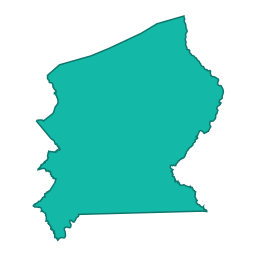 the district of Nyimba, Eastern, Zambia, rotated 179°
{"feature_id": "96606910B94036775861358", "entity_name": "Nyimba", "entity_type": "district", "adm_level": 2, "iso_a3": "ZMB", "parent_name": "Zambia", "parent_adm1": "Eastern", "projection": "robinson", "projection_center": [30.526, -14.393], "detail": "fine", "context": "isolated", "style": "filled", "palette": "teal", "viewbox_px": 256, "rotation_deg": 179, "n_neighbors": 0, "source": "geoboundaries", "source_scale": "gbopen_adm2", "svg_char_len": 5642}
<svg xmlns="http://www.w3.org/2000/svg" viewBox="0 0 256 256"><g transform="rotate(179 128 128)"><path d="M70.1,239.0L97.2,231.7L113.0,222.5L145.4,208.0L163.9,200.7L195.3,192.4L207.6,182.0L207.7,181.6L207.4,180.7L207.5,180.0L207.8,179.5L206.9,177.6L206.1,177.0L205.9,176.4L206.0,175.2L205.5,174.8L203.5,174.5L202.8,173.6L202.0,171.2L202.4,170.5L201.6,169.5L201.5,168.8L200.5,167.6L199.7,167.2L199.7,166.6L199.2,165.9L199.3,165.2L199.6,165.2L200.1,164.5L200.8,164.8L200.9,164.6L201.1,163.5L199.3,163.1L199.4,161.8L198.6,160.9L198.5,159.6L197.8,158.5L197.4,154.7L198.0,153.7L197.9,153.3L200.3,150.4L202.2,144.7L203.2,143.5L212.5,136.4L213.2,137.3L215.3,137.6L218.7,137.3L219.3,136.4L205.0,118.6L202.4,116.8L201.7,115.7L201.6,114.7L200.8,113.0L199.6,113.3L199.1,112.0L199.2,111.6L198.7,111.1L198.1,111.0L198.1,110.4L197.6,110.6L197.4,110.3L197.5,109.0L196.4,108.5L196.2,108.0L196.9,107.1L199.0,107.6L199.4,106.0L200.2,106.3L200.5,105.0L200.9,104.9L201.4,105.5L202.8,105.1L203.6,105.6L205.2,105.6L206.1,106.0L207.3,105.7L207.7,106.0L207.8,105.2L208.1,105.0L207.7,104.4L208.1,104.2L208.4,103.6L208.9,101.5L208.6,100.0L208.3,100.0L208.3,99.3L208.7,99.0L209.2,97.5L209.5,97.2L209.9,97.3L210.3,97.1L211.1,96.0L211.6,96.0L211.6,95.7L211.3,95.6L211.4,94.8L211.9,94.6L212.0,94.9L212.4,95.2L213.5,93.6L214.3,93.3L214.5,93.0L215.3,92.9L215.2,92.3L215.4,92.4L216.0,91.5L216.1,90.6L216.5,90.6L217.2,89.6L218.3,89.0L218.5,88.5L218.7,87.9L217.7,88.0L214.8,88.9L212.6,89.1L211.2,88.3L211.3,88.1L210.7,87.4L210.9,87.1L210.5,86.2L209.8,86.6L209.0,86.4L208.6,86.8L208.3,86.7L208.1,86.3L207.8,86.3L207.6,85.7L206.9,86.0L206.3,85.5L206.4,85.0L205.9,84.4L206.3,83.1L205.5,82.6L205.7,82.4L205.3,81.8L205.3,81.0L204.1,80.7L203.9,79.3L203.4,79.5L203.0,78.6L202.8,78.6L202.4,78.9L201.5,78.5L200.9,78.5L202.1,74.5L207.3,66.6L208.1,66.5L208.2,66.0L208.9,65.4L209.0,65.4L209.1,65.7L210.1,65.4L210.2,64.5L211.6,64.1L212.4,63.5L212.4,61.0L212.2,60.4L212.6,60.4L212.8,60.8L213.9,60.3L215.2,59.1L215.1,58.5L216.4,57.4L217.0,56.3L218.7,56.2L219.0,55.5L221.8,53.7L222.0,53.8L222.2,53.4L222.6,53.4L222.7,53.1L223.0,53.1L224.0,52.3L223.9,51.5L223.1,51.2L222.8,50.7L219.7,50.5L218.1,50.1L217.5,50.3L216.3,49.5L215.8,47.6L216.2,46.3L215.0,46.6L214.8,46.0L213.5,45.3L213.1,44.7L212.6,44.5L211.8,43.6L211.8,43.1L211.6,42.7L211.9,42.0L211.4,41.2L211.2,39.7L211.4,36.8L211.7,36.6L211.7,36.3L211.0,36.5L210.5,36.2L210.0,36.5L209.6,36.1L209.3,34.8L209.6,34.4L208.9,34.2L209.0,33.2L208.3,33.0L207.7,32.2L207.7,31.7L207.4,31.2L206.3,30.4L206.8,29.7L206.7,29.2L207.0,28.7L206.9,28.2L206.2,28.3L206.1,27.5L205.4,27.4L205.4,27.8L205.2,27.9L204.7,27.0L203.9,26.5L204.3,26.0L203.7,25.7L203.5,25.0L203.7,24.6L204.0,24.8L204.2,24.7L204.1,24.0L203.5,23.9L203.0,23.5L203.3,22.3L202.9,21.6L203.2,20.7L202.9,19.6L202.4,19.8L201.7,19.4L201.2,19.5L201.2,18.8L200.8,18.5L200.6,17.7L200.1,17.0L198.8,18.6L197.5,19.4L195.8,19.6L193.7,19.2L193.1,19.6L192.5,20.7L192.4,22.5L192.8,25.7L193.5,27.3L193.5,28.2L193.1,29.0L192.4,29.8L191.4,30.1L187.9,29.3L187.2,29.7L186.6,32.0L188.0,35.5L187.7,36.6L186.3,36.6L184.6,35.0L183.6,34.9L182.0,37.2L181.3,39.1L179.2,40.4L178.8,41.3L178.9,42.5L55.1,43.6L50.7,43.1L50.8,44.2L51.6,44.8L52.6,45.1L53.4,46.1L53.7,45.8L53.8,47.3L54.1,47.6L54.0,48.1L54.6,47.4L55.3,47.3L56.2,48.2L57.2,48.5L57.4,49.4L57.9,49.8L60.1,50.7L60.1,51.2L61.1,52.4L61.1,52.9L60.9,53.3L60.4,53.7L60.0,54.4L60.2,54.7L61.1,55.0L61.5,56.8L62.0,57.4L62.3,58.9L61.9,60.3L62.0,61.1L61.5,63.0L62.5,63.5L62.6,64.1L63.7,64.6L64.9,67.5L66.5,67.3L66.6,67.6L66.4,68.3L66.7,68.7L68.0,68.0L68.6,68.1L71.7,69.4L73.1,70.3L75.8,69.7L76.4,70.1L76.9,70.0L77.2,70.5L77.6,70.6L77.7,71.3L77.5,71.6L77.7,72.2L78.4,72.4L78.8,73.4L79.2,72.7L79.7,73.9L80.8,73.9L81.1,73.3L81.7,73.4L81.6,74.2L81.9,74.3L82.1,74.8L81.6,75.2L81.6,75.8L82.2,76.2L82.3,77.3L82.6,77.8L82.6,78.3L83.5,78.9L84.4,79.0L84.2,80.3L83.8,80.8L84.4,81.6L84.2,82.0L84.5,83.0L85.2,83.2L85.6,83.6L85.4,84.2L84.7,84.2L83.8,85.6L85.5,86.4L86.0,86.9L86.3,87.7L86.3,89.4L86.1,89.9L85.4,90.1L84.1,89.5L83.1,90.3L81.8,89.5L81.0,89.6L80.7,90.0L80.5,91.4L79.0,92.6L78.4,94.0L77.7,94.1L76.5,95.5L75.4,95.9L75.1,96.6L73.7,96.8L72.4,97.6L71.9,98.7L71.2,99.4L71.2,100.4L70.4,101.4L70.2,102.6L68.9,104.7L68.0,105.3L67.8,106.3L67.0,106.8L66.1,107.8L64.9,108.3L64.5,109.1L63.7,109.5L63.3,110.3L63.7,111.0L61.1,113.2L61.0,113.9L61.2,114.8L60.6,115.4L58.8,116.3L58.6,117.0L58.8,117.6L59.6,117.4L60.1,118.1L58.5,119.5L57.0,122.8L56.2,124.0L55.3,124.2L54.0,123.6L52.9,122.7L52.4,121.7L51.8,121.3L50.8,122.0L50.3,122.0L50.2,122.3L49.4,122.4L48.8,123.0L47.7,123.3L46.1,126.6L45.3,127.6L45.3,128.2L46.1,129.5L46.3,130.6L46.1,132.0L45.6,133.3L45.4,133.5L44.1,133.3L42.5,133.6L40.4,136.0L40.0,138.4L40.1,139.8L39.8,140.3L38.9,140.7L38.3,143.0L37.8,144.0L38.1,144.8L38.9,145.6L38.9,146.4L38.1,148.1L35.7,149.5L35.3,150.4L34.7,151.1L34.7,151.7L35.0,151.9L36.2,151.8L36.4,152.2L36.4,152.7L35.8,154.3L33.4,156.0L33.2,158.4L32.0,161.9L32.3,164.8L34.1,168.5L35.0,168.9L36.1,168.6L37.6,170.1L37.6,171.6L36.7,174.1L36.6,174.7L37.0,175.4L40.6,177.6L43.6,178.2L44.9,181.4L44.4,182.6L44.6,183.7L45.2,184.0L46.9,183.6L47.6,184.0L47.9,184.8L48.3,185.0L50.1,185.3L51.6,188.1L53.0,188.4L53.5,189.0L54.1,189.9L54.4,191.1L55.2,191.8L55.5,193.1L57.7,195.0L58.4,196.7L59.7,197.2L60.5,198.4L61.4,199.1L63.0,199.6L64.2,201.6L65.1,202.1L65.2,203.4L64.9,204.2L65.2,204.7L65.7,205.1L66.5,205.1L67.8,205.6L67.6,206.7L68.9,210.3L68.9,211.7L68.5,212.2L68.4,212.6L69.3,215.4L68.8,217.2L68.5,217.6L68.5,218.6L68.9,220.0L68.5,221.5L67.3,223.2L67.2,223.8L67.3,224.6L68.1,226.3L68.3,227.5L68.5,230.4L69.9,233.5L70.0,234.4L69.4,235.6L70.0,237.6L70.1,239.0Z" fill="#14b8a6" stroke="#0f766e" stroke-width="1.5"/></g></svg>